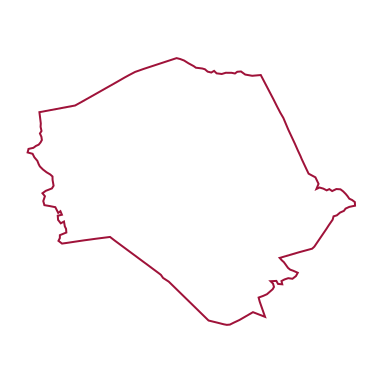 outline of São Bento do Una, Pernambuco, Brazil, rotated 267°
{"feature_id": "56859067B23894909261081", "entity_name": "São Bento do Una", "entity_type": "district", "adm_level": 2, "iso_a3": "BRA", "parent_name": "Brazil", "parent_adm1": "Pernambuco", "projection": "robinson", "projection_center": [-36.461, -8.539], "detail": "fine", "context": "isolated", "style": "outline", "palette": "rose", "viewbox_px": 384, "rotation_deg": 267, "n_neighbors": 0, "source": "geoboundaries", "source_scale": "gbopen_adm2", "svg_char_len": 2044}
<svg xmlns="http://www.w3.org/2000/svg" viewBox="0 0 384 384"><g transform="rotate(267 192 192)"><path d="M150.2,56.1L147.3,59.5L147.7,64.3L148.5,72.4L149.4,82.0L149.9,88.3L150.3,92.9L151.4,107.8L147.7,112.1L112.7,154.5L110.9,156.6L107.7,158.6L103.7,164.1L62.8,201.8L60.0,211.1L58.2,216.9L57.5,219.8L57.6,222.9L59.3,226.8L61.7,232.7L68.8,246.6L63.5,258.4L78.9,253.9L83.1,253.0L84.5,257.6L86.0,261.5L88.5,264.7L90.7,267.5L92.9,268.9L96.3,268.1L98.8,265.8L98.8,271.6L95.7,273.1L95.1,277.3L98.4,276.7L99.8,279.7L100.9,283.6L100.1,287.8L102.6,291.4L105.8,293.4L108.1,288.9L109.3,286.0L111.2,283.9L117.1,280.1L119.1,278.1L121.6,276.1L126.2,295.6L128.0,303.9L129.1,309.0L131.0,311.3L148.1,324.3L151.7,326.9L157.0,331.0L160.3,332.1L161.1,335.4L163.7,338.8L165.2,342.7L167.4,344.5L168.9,348.3L169.8,354.1L173.4,354.1L175.6,351.5L177.1,348.7L179.7,347.1L182.0,345.4L184.7,343.0L186.9,340.4L187.4,336.3L185.6,332.0L187.7,329.3L186.6,326.6L188.5,323.3L189.8,319.6L188.5,316.4L193.5,318.8L200.2,316.0L204.2,309.4L209.5,307.2L219.1,303.3L222.2,302.2L227.9,299.9L235.0,297.2L249.3,291.4L261.2,287.1L266.4,284.4L273.2,281.3L280.3,278.2L305.2,266.8L304.9,258.2L306.5,251.3L309.8,247.2L309.7,243.5L308.1,241.1L309.0,237.6L309.3,232.0L308.3,227.9L309.2,222.8L311.8,220.4L310.3,217.5L311.4,213.9L313.9,211.3L314.8,208.7L315.4,205.4L315.9,202.4L317.6,200.3L320.8,195.1L323.7,191.0L325.4,187.2L326.5,183.6L317.4,150.0L316.0,145.3L314.9,141.5L312.1,135.4L309.8,130.6L307.3,125.7L289.4,89.8L284.5,79.8L279.7,43.8L268.4,44.6L265.0,44.2L260.8,44.9L258.4,43.2L255.0,44.5L251.8,44.8L249.5,43.4L247.3,41.4L246.2,38.6L244.4,35.9L243.6,31.0L240.1,29.9L238.5,34.8L234.9,36.4L231.2,39.2L227.9,40.3L225.5,41.4L222.3,44.3L219.3,47.8L216.9,51.4L214.8,53.5L211.3,53.4L205.5,54.1L202.9,52.3L200.8,46.0L198.6,42.6L195.5,44.9L190.7,43.0L186.6,43.9L185.4,49.2L184.0,54.7L178.1,57.3L179.7,59.6L176.1,60.9L175.3,56.7L171.2,56.8L167.6,59.3L169.2,62.6L164.3,63.2L161.8,64.3L158.1,64.4L157.0,61.2L155.8,57.8L152.9,57.6L150.2,56.1Z" fill="none" stroke="#9f1239" stroke-width="2"/></g></svg>